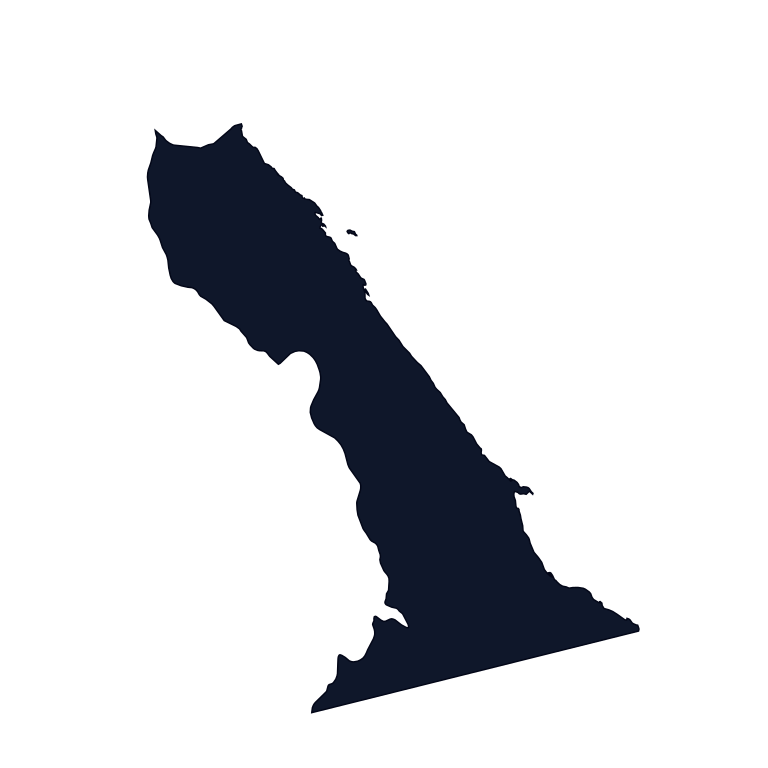 map outline of Al Bahr al Ahmar (Equal Earth projection), rotated 346°
{"feature_id": "EGY-1556", "entity_name": "Al Bahr al Ahmar", "entity_type": "Governorate", "adm_level": 1, "iso_a3": "EGY", "parent_name": "Egypt", "parent_adm1": "", "projection": "equal_earth", "projection_center": [33.554, 25.647], "detail": "fine", "context": "isolated", "style": "filled", "palette": "ink", "viewbox_px": 768, "rotation_deg": 346, "n_neighbors": 0, "source": "natural_earth", "source_scale": "10m", "svg_char_len": 6157}
<svg xmlns="http://www.w3.org/2000/svg" viewBox="0 0 768 768"><g transform="rotate(346 384 384)"><path d="M571.2,685.3L234.4,685.4L236.2,680.8L237.7,678.7L239.1,677.3L240.5,676.3L253.4,668.7L254.2,668.0L256.6,663.6L257.3,662.8L258.1,662.4L261.1,662.2L262.6,661.6L265.8,658.8L267.8,655.9L268.8,653.8L272.9,639.6L273.6,637.8L274.7,636.4L275.3,636.1L276.0,636.2L277.4,637.1L280.3,640.0L283.4,644.3L285.6,645.7L287.2,646.3L291.5,646.6L294.5,646.0L297.3,644.9L299.6,643.2L301.9,640.6L303.9,637.9L312.0,628.8L313.7,626.2L314.5,624.5L315.1,621.8L315.2,619.4L314.8,614.7L315.3,613.5L317.0,611.3L317.6,608.8L318.4,607.4L319.7,607.4L320.4,608.0L323.9,612.4L326.0,614.2L328.0,614.6L333.1,613.6L334.7,613.7L336.1,614.4L337.6,615.5L342.6,621.9L346.6,625.6L348.5,626.3L349.1,625.9L349.3,624.9L349.2,622.8L346.6,611.9L346.2,611.0L343.9,608.0L343.1,606.1L341.9,604.6L337.5,602.4L333.3,599.2L332.6,598.5L332.2,597.6L332.0,596.6L332.4,595.4L334.1,592.9L335.7,588.2L338.3,585.5L338.7,584.7L341.2,576.8L341.8,573.8L341.5,571.3L340.8,569.4L339.1,566.0L338.7,564.8L337.3,557.0L337.5,553.5L338.7,550.9L339.1,548.7L338.7,544.3L338.7,540.3L338.5,539.1L337.7,537.3L337.1,536.3L333.9,533.3L332.9,531.6L330.7,524.5L329.3,521.1L328.7,519.2L327.0,505.0L327.5,499.4L328.8,492.8L329.4,491.3L335.4,481.3L336.2,479.5L336.9,476.7L336.9,474.5L330.2,457.4L329.9,456.2L329.5,453.3L329.4,442.1L328.8,437.2L327.5,432.4L325.4,428.0L323.1,424.3L310.6,412.7L308.6,410.4L307.3,407.8L306.6,405.5L305.6,399.3L305.6,393.7L307.0,389.3L307.9,387.7L312.0,382.2L318.0,375.7L319.4,373.9L320.5,371.9L323.7,364.1L324.3,361.9L324.7,357.7L324.6,354.8L324.0,348.7L323.1,344.9L322.4,343.0L321.6,341.1L319.2,337.2L317.0,334.8L314.3,332.7L309.5,331.1L305.6,330.8L300.6,331.7L288.2,338.8L286.3,339.3L279.8,329.5L278.2,325.7L277.0,323.8L275.3,322.7L271.3,321.6L269.5,320.8L266.8,318.8L265.9,317.7L263.5,313.5L262.6,311.3L262.1,306.7L261.8,305.4L258.1,298.3L257.2,295.6L254.5,292.4L244.3,283.8L237.8,267.4L236.4,264.6L231.7,258.6L227.4,254.5L226.4,252.6L225.5,249.3L224.2,246.9L222.9,245.5L221.1,244.1L217.2,242.7L211.0,239.6L205.7,235.9L205.1,235.2L204.1,233.5L203.1,230.1L202.9,226.6L203.2,219.3L204.3,211.5L204.3,208.3L204.1,205.8L202.1,198.0L201.6,190.3L201.3,188.1L200.4,184.8L196.9,176.2L196.6,171.8L195.9,167.2L196.1,165.7L196.4,163.9L198.2,158.5L201.6,151.5L202.0,149.8L204.2,128.3L204.6,125.9L205.8,122.2L207.1,119.4L211.3,113.0L214.8,106.3L216.6,103.7L219.3,100.2L220.2,98.7L223.2,90.4L223.3,89.3L223.1,86.1L223.4,82.6L227.8,89.0L229.5,90.9L231.0,94.5L231.7,95.6L234.1,98.5L237.0,100.9L238.2,101.5L260.5,109.5L263.1,110.8L271.5,109.4L276.4,109.7L277.3,109.5L297.2,99.5L298.9,98.3L301.4,97.3L302.6,97.2L308.5,97.1L308.7,99.6L307.7,101.0L307.4,101.9L306.7,102.2L306.5,103.0L307.0,103.8L306.6,109.1L307.0,110.0L309.5,113.3L309.9,116.6L311.5,118.5L314.1,122.7L316.2,123.2L317.6,124.9L318.4,127.4L321.3,141.1L324.9,143.3L327.1,146.1L327.6,147.6L329.5,148.4L330.1,150.5L331.8,154.5L332.4,155.1L332.3,155.6L331.9,155.6L334.6,158.2L335.8,160.0L335.7,161.7L336.6,163.1L337.0,164.9L338.6,167.4L341.5,171.1L342.2,172.8L344.0,174.0L344.5,176.6L345.5,176.9L346.5,177.5L348.6,180.4L349.9,181.3L349.8,183.7L350.2,184.2L350.9,184.4L351.6,184.2L352.1,185.4L353.5,186.1L356.2,187.0L360.5,191.6L361.9,195.1L363.1,196.8L364.4,200.5L364.6,202.0L364.9,202.6L365.4,205.4L364.1,205.4L363.4,203.5L359.1,200.9L358.7,200.9L358.1,202.7L358.7,204.2L360.5,206.7L360.8,207.9L361.2,208.6L362.9,207.8L363.3,207.9L363.0,210.2L362.0,212.2L362.8,213.2L364.3,214.3L365.4,216.6L365.4,217.2L363.3,214.3L362.8,214.3L362.8,214.9L363.3,216.1L362.8,216.1L362.5,214.5L361.4,214.7L360.2,215.8L359.5,217.2L361.0,218.1L362.0,219.7L363.7,223.3L363.3,224.5L363.3,226.2L364.3,227.1L367.0,228.5L367.9,229.5L368.4,232.9L370.2,235.7L371.1,241.0L371.5,242.1L373.5,244.4L375.9,246.3L378.5,247.8L379.7,248.9L380.5,250.3L380.5,254.2L379.7,255.3L380.1,257.0L380.4,260.2L381.0,261.4L383.3,263.5L384.4,265.3L384.8,266.7L383.9,266.5L383.9,267.9L384.3,269.0L385.6,271.0L386.9,274.7L387.5,275.8L389.9,277.7L390.2,278.6L390.7,282.5L390.2,283.5L389.2,283.5L388.0,282.5L387.3,284.0L387.1,286.6L387.5,289.1L387.5,291.2L386.3,296.2L386.9,298.6L387.7,299.5L389.7,300.2L390.7,300.9L391.3,302.0L391.9,304.6L393.9,307.7L394.8,310.0L396.9,317.2L399.9,323.8L401.4,326.5L406.7,340.9L409.1,345.1L411.4,352.2L416.3,360.4L417.4,363.8L421.5,371.2L424.3,375.1L429.7,387.9L430.5,391.8L432.0,395.3L432.7,399.5L433.8,401.8L436.5,405.9L437.9,410.5L439.7,414.0L440.5,417.5L448.7,434.7L449.0,437.4L449.6,439.6L451.9,442.9L452.2,447.5L452.7,450.3L453.2,451.2L456.5,454.5L457.6,456.9L459.4,464.5L461.7,469.3L462.6,470.3L462.6,471.6L461.6,474.2L461.6,476.4L464.2,477.6L467.3,484.7L475.7,492.5L477.0,494.5L479.3,502.5L481.0,504.8L483.4,508.9L484.5,508.7L483.4,506.4L484.0,506.3L485.3,507.9L487.0,508.8L489.3,511.7L490.2,514.0L490.4,516.4L492.3,517.8L494.2,517.4L497.3,518.5L498.7,519.4L499.6,520.6L500.9,524.3L502.1,526.1L501.6,526.9L499.4,523.6L498.5,523.5L495.3,525.4L492.9,524.2L490.0,523.9L488.8,523.3L487.7,521.5L487.1,521.3L487.0,520.9L484.7,519.9L484.2,520.4L483.3,522.3L482.9,524.8L483.3,528.8L482.4,534.8L482.9,536.9L484.1,537.2L484.6,538.3L484.3,540.1L484.6,544.3L484.3,547.7L484.3,555.0L483.4,559.9L483.7,561.1L485.6,564.7L487.1,568.4L487.3,569.8L487.3,573.8L488.8,583.6L491.8,589.7L493.9,595.2L494.7,602.8L496.5,607.0L499.1,611.0L500.8,612.1L498.2,607.0L499.4,607.1L500.2,607.8L501.2,610.5L502.1,615.2L503.1,616.1L504.1,618.1L506.0,621.1L508.4,623.4L511.8,625.0L513.7,626.5L514.6,626.9L518.1,627.2L523.1,628.4L527.9,630.4L529.7,631.8L532.8,635.4L533.8,637.4L534.2,641.3L535.2,643.8L539.1,647.7L541.0,648.7L540.8,647.4L541.1,647.4L542.4,649.3L542.1,651.7L543.2,655.1L547.5,657.5L550.9,660.1L554.7,664.1L560.4,670.8L561.6,671.6L562.5,671.5L563.1,670.2L564.7,671.2L565.6,672.3L567.0,675.9L567.9,676.9L570.4,678.8L571.8,679.4L572.1,682.5L572.1,683.5L571.2,685.3ZM390.0,228.0L392.1,229.0L392.7,231.9L393.5,232.9L393.5,233.4L392.3,233.1L390.8,231.1L388.9,230.2L387.7,228.8L386.3,229.6L385.8,229.1L385.1,227.2L385.4,226.7L386.3,226.2L388.2,226.4L390.0,228.0ZM387.7,287.4L389.0,287.4L390.6,292.2L390.7,294.1L389.8,293.1L387.7,287.4Z" fill="#0f172a" stroke="#020617" stroke-width="1.5"/></g></svg>